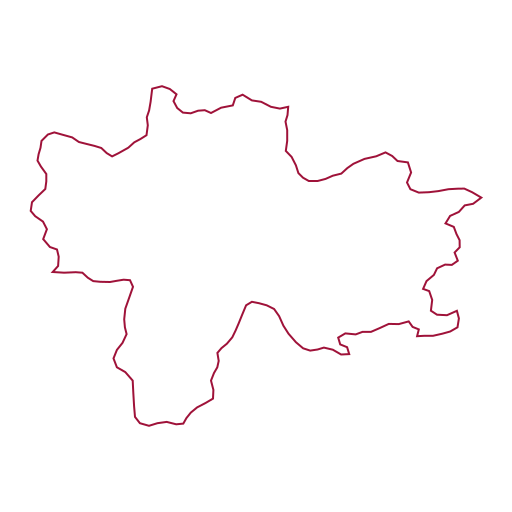 Ubaporanga, Minas Gerais, Brazil
{"feature_id": "56859067B21138339799790", "entity_name": "Ubaporanga", "entity_type": "district", "adm_level": 2, "iso_a3": "BRA", "parent_name": "Brazil", "parent_adm1": "Minas Gerais", "projection": "albers", "projection_center": [-42.065, -19.667], "detail": "fine", "context": "isolated", "style": "outline", "palette": "rose", "viewbox_px": 512, "rotation_deg": 0, "n_neighbors": 0, "source": "geoboundaries", "source_scale": "gbopen_adm2", "svg_char_len": 2501}
<svg xmlns="http://www.w3.org/2000/svg" viewBox="0 0 512 512"><path d="M183.3,423.6L186.4,418.1L190.8,412.6L197.1,407.4L205.9,402.8L213.0,398.6L213.4,389.9L211.0,380.6L214.0,373.0L217.3,367.3L218.7,360.9L217.4,352.9L221.5,348.1L226.9,343.7L232.3,337.3L235.6,330.5L238.7,323.3L242.3,314.4L246.1,305.3L251.9,301.8L259.0,303.2L266.7,305.3L274.1,309.0L279.1,316.1L283.4,325.7L288.5,333.7L295.9,342.2L303.1,348.3L310.2,350.6L317.6,349.5L323.9,347.6L332.8,349.7L341.1,354.5L349.2,354.1L347.1,347.2L340.2,344.4L338.2,337.6L345.3,333.4L355.7,334.4L362.4,331.9L370.9,331.9L379.9,328.0L388.8,323.9L398.8,324.1L408.7,321.4L412.6,326.9L418.8,329.4L417.1,336.2L424.2,335.8L433.0,335.8L442.3,333.7L450.2,331.5L457.5,327.3L458.9,318.4L456.9,310.8L447.0,315.2L437.0,314.7L430.9,310.7L432.2,299.9L429.2,291.1L423.1,288.9L426.5,281.1L433.9,274.9L437.1,268.3L445.1,264.6L451.8,264.9L457.8,260.7L454.6,252.5L459.7,247.3L459.6,240.2L456.5,234.1L453.8,226.9L445.5,223.4L450.1,215.9L458.9,211.9L464.7,205.4L473.1,203.8L481.3,197.6L472.1,192.2L464.3,188.6L457.6,188.7L448.5,189.2L438.4,191.1L429.0,192.2L418.8,192.6L410.4,189.2L407.0,182.5L411.1,172.5L407.9,162.4L397.5,161.0L392.2,156.0L385.5,152.4L376.2,156.3L364.5,158.9L353.4,163.8L347.3,168.1L341.3,173.6L332.8,175.7L325.6,178.9L317.6,181.0L308.8,181.0L303.0,177.7L298.4,173.1L295.9,165.3L291.6,156.9L285.8,150.9L287.2,140.9L287.2,130.1L285.5,121.6L287.5,115.1L288.2,106.8L279.9,108.6L270.9,106.8L261.2,101.8L251.9,100.4L242.6,94.7L235.3,97.9L232.8,105.4L221.1,107.7L211.0,113.0L204.8,110.2L198.1,110.7L190.7,113.3L182.9,112.6L177.2,108.0L173.5,101.1L176.5,94.3L169.8,89.0L162.0,86.2L152.2,88.7L150.6,101.8L149.1,110.5L146.8,117.3L147.8,125.3L146.5,135.2L140.3,139.1L134.3,142.3L128.3,147.7L118.5,153.2L112.1,156.4L106.7,153.1L101.3,148.0L94.5,145.9L86.4,143.9L78.9,142.0L72.2,137.4L62.8,134.8L54.3,132.4L47.9,134.5L41.5,140.9L40.5,147.8L38.6,154.2L37.5,160.6L40.9,166.5L46.3,174.0L46.3,181.4L45.3,189.0L38.6,195.4L32.0,202.2L30.7,210.9L35.2,216.2L43.0,221.6L46.9,229.2L43.2,239.1L49.9,247.0L57.0,249.5L58.7,256.7L58.1,266.0L52.7,272.0L64.1,272.7L75.7,272.2L82.4,272.7L87.8,277.7L93.2,281.1L100.3,281.8L110.0,282.0L116.2,280.9L123.6,279.7L130.0,280.2L133.0,286.8L129.4,297.1L125.3,308.7L124.2,319.3L124.9,327.3L126.6,334.1L122.5,342.9L116.9,349.9L113.5,358.4L116.9,367.3L125.3,372.1L132.7,380.6L133.3,392.7L133.7,399.6L134.1,406.4L135.0,416.9L139.9,423.2L149.0,425.8L157.4,423.2L166.7,421.9L176.2,424.3L183.3,423.6Z" fill="none" stroke="#9f1239" stroke-width="2"/></svg>